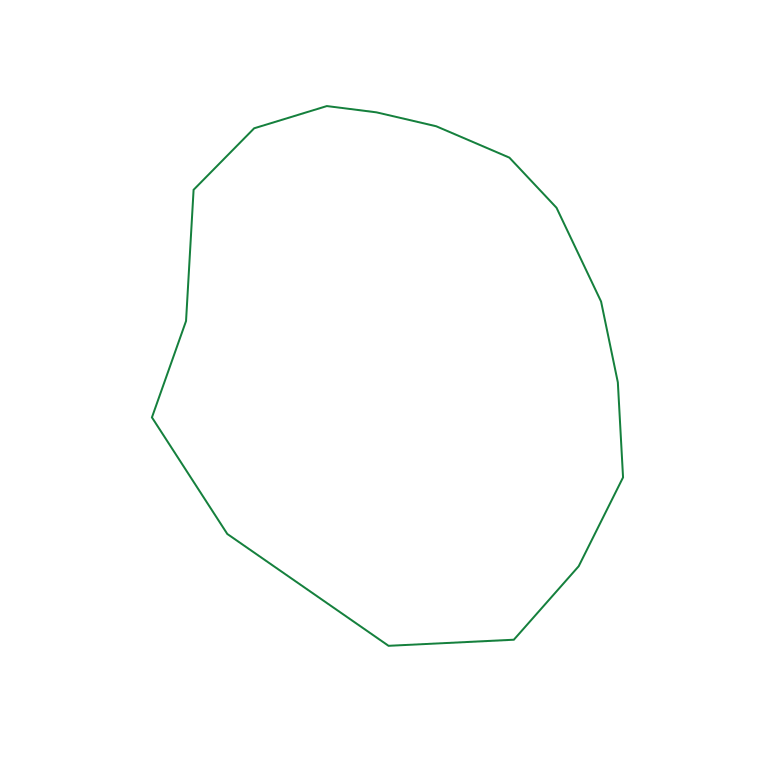 Bena-Dibele, Kasaï-Oriental, Democratic Republic of the Congo (Equal Earth projection), rotated 343°
{"feature_id": "63176286B9358277012481", "entity_name": "Bena-Dibele", "entity_type": "district", "adm_level": 2, "iso_a3": "COD", "parent_name": "Democratic Republic of the Congo", "parent_adm1": "Kasaï-Oriental", "projection": "equal_earth", "projection_center": [22.911, -4.227], "detail": "fine", "context": "isolated", "style": "outline", "palette": "green", "viewbox_px": 768, "rotation_deg": 343, "n_neighbors": 0, "source": "geoboundaries", "source_scale": "gbopen_adm2", "svg_char_len": 370}
<svg xmlns="http://www.w3.org/2000/svg" viewBox="0 0 768 768"><g transform="rotate(343 384 384)"><path d="M213.1,265.9L152.3,348.1L190.3,481.6L311.8,635.7L433.4,666.5L516.9,615.2L585.3,543.2L608.1,450.8L615.7,368.6L600.5,265.9L570.1,204.2L509.3,152.8L456.2,122.0L410.6,101.5L334.6,101.5L258.7,142.6L213.1,265.9Z" fill="none" stroke="#15803d" stroke-width="2"/></g></svg>